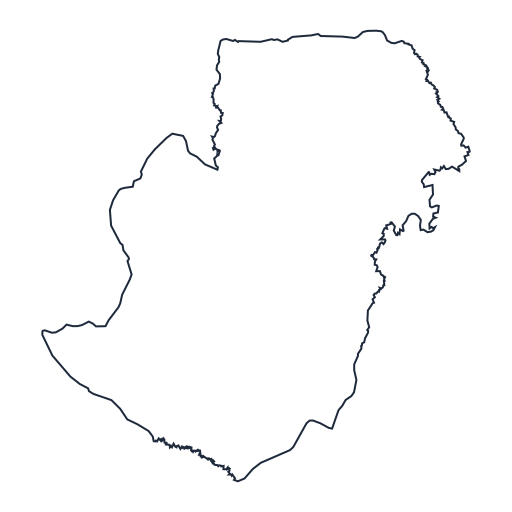 the district of Phanna Nikhom, Sakon Nakhon, Thailand
{"feature_id": "78962969B32881438495472", "entity_name": "Phanna Nikhom", "entity_type": "district", "adm_level": 2, "iso_a3": "THA", "parent_name": "Thailand", "parent_adm1": "Sakon Nakhon", "projection": "robinson", "projection_center": [103.939, 17.31], "detail": "fine", "context": "isolated", "style": "outline", "palette": "slate", "viewbox_px": 512, "rotation_deg": 0, "n_neighbors": 0, "source": "geoboundaries", "source_scale": "gbopen_adm2", "svg_char_len": 6004}
<svg xmlns="http://www.w3.org/2000/svg" viewBox="0 0 512 512"><path d="M260.5,41.8L238.7,41.1L238.0,42.0L235.0,39.9L233.1,41.0L226.4,39.0L222.9,39.5L220.6,40.9L218.2,50.6L217.8,53.8L219.3,57.1L218.8,59.6L219.2,61.8L217.0,65.4L216.5,69.7L219.9,74.1L220.1,78.3L218.5,83.8L215.2,85.7L214.7,88.4L213.6,88.5L213.9,90.5L213.1,92.7L212.2,93.1L212.9,94.1L212.0,96.8L212.7,96.7L213.6,99.3L213.5,102.8L214.7,104.0L214.1,105.4L216.3,106.0L216.2,106.7L217.2,106.2L216.7,107.6L217.9,107.5L219.9,110.4L220.8,110.3L221.0,112.8L222.7,113.0L222.3,115.4L220.5,116.5L221.2,119.0L220.8,121.0L219.4,120.9L221.3,123.0L219.1,123.7L217.3,125.8L217.0,127.5L218.1,129.8L215.7,133.5L215.0,136.1L213.9,137.0L212.1,136.6L213.0,138.0L212.4,139.5L214.9,144.5L214.0,146.1L215.1,147.7L213.0,148.0L213.5,149.7L215.3,148.6L217.4,149.7L217.5,151.5L218.8,150.0L219.9,150.7L218.5,155.0L217.3,154.2L217.1,155.9L214.2,158.5L215.8,165.4L217.9,167.3L217.4,169.7L205.0,164.4L196.8,156.7L190.1,153.4L188.0,150.7L186.0,141.1L183.1,135.9L172.3,133.7L166.6,137.9L154.9,149.3L147.2,158.7L140.9,171.6L141.8,174.5L140.4,178.4L133.9,181.3L132.8,186.7L124.9,187.8L120.8,188.9L118.8,190.4L113.1,200.2L109.9,209.9L111.1,225.6L120.3,243.2L122.5,244.9L123.4,250.3L128.7,257.6L128.9,259.1L127.5,261.1L131.6,274.4L129.8,279.5L122.2,294.6L120.2,303.4L118.5,307.2L108.8,320.0L105.5,326.2L96.0,326.4L93.0,323.7L88.8,321.6L81.9,325.1L77.6,326.1L72.5,326.1L66.6,324.6L62.4,328.7L55.7,332.4L51.8,332.7L44.7,330.3L42.7,330.9L42.3,332.4L42.4,335.0L52.4,355.6L70.4,376.6L79.8,384.0L88.2,388.4L88.9,391.1L93.4,393.9L111.4,400.1L120.1,408.7L127.3,419.4L137.3,424.2L148.6,431.0L152.8,436.6L153.7,441.2L155.4,441.4L156.0,440.6L157.1,441.4L158.7,438.4L161.8,442.0L160.6,438.4L162.1,440.0L163.3,438.2L163.8,438.9L163.1,440.1L164.3,439.7L164.5,442.6L167.4,442.9L165.9,443.3L165.8,444.5L169.6,444.8L169.9,447.4L171.2,446.1L172.0,447.2L173.6,443.7L175.3,446.7L176.5,447.3L176.8,446.1L178.4,445.4L180.4,448.9L181.9,446.6L182.5,447.8L183.6,447.1L184.3,448.7L186.2,447.9L185.5,447.1L186.9,446.2L188.0,446.8L187.9,447.8L187.2,447.7L187.5,448.4L188.7,448.3L189.2,447.2L190.1,447.8L190.1,447.0L191.5,447.5L191.0,450.3L191.8,451.2L192.5,450.7L193.1,451.9L193.9,450.7L195.2,450.7L195.6,451.5L197.9,449.7L198.7,450.2L198.0,450.9L200.0,450.6L200.4,453.6L199.6,453.4L199.0,454.8L200.3,455.0L200.6,456.2L201.5,456.0L201.7,457.5L202.9,457.2L202.4,456.1L203.1,455.9L207.7,459.2L208.1,458.3L208.8,458.4L208.6,459.5L211.2,458.9L211.1,460.5L212.8,460.1L214.0,461.3L212.1,462.2L212.7,463.3L213.5,462.8L214.5,464.8L217.3,465.1L218.2,466.2L219.1,465.3L221.1,465.7L221.3,466.4L223.6,465.9L223.4,469.2L226.2,469.3L227.4,467.8L227.4,469.0L228.7,467.9L229.7,468.7L229.0,469.3L229.5,470.8L228.3,471.8L230.1,473.9L229.3,474.5L231.4,474.5L231.7,475.4L232.3,474.5L235.0,478.3L234.0,479.9L237.9,481.3L244.5,478.5L252.9,468.9L260.8,462.8L290.0,450.1L293.3,447.0L306.5,423.3L309.6,420.6L312.9,420.5L320.4,423.3L328.8,427.9L332.1,428.6L338.5,410.2L342.4,405.6L345.6,400.0L351.4,396.0L354.0,392.3L356.4,380.0L354.2,370.2L354.2,364.4L358.0,355.8L357.9,353.9L361.4,348.6L361.2,345.9L361.9,345.6L362.1,343.3L364.2,342.3L365.0,338.4L368.0,332.7L368.2,331.0L367.2,330.0L369.2,327.3L367.4,320.6L367.9,310.5L372.7,303.1L374.0,302.7L372.6,299.3L374.9,297.2L373.6,295.1L374.7,293.6L376.3,293.5L378.0,291.5L379.0,291.7L379.1,290.0L380.4,289.5L379.7,287.8L381.4,288.4L382.8,287.4L383.4,285.2L384.3,285.2L383.9,280.8L384.6,280.7L384.1,279.1L385.1,277.1L384.4,276.7L384.8,276.1L383.7,276.9L383.1,275.6L381.0,274.5L379.9,271.1L376.2,271.2L377.6,267.1L376.8,265.3L374.7,264.7L374.9,261.7L376.2,259.4L374.2,259.3L373.7,257.6L371.2,255.7L371.5,254.9L373.0,255.1L375.0,252.1L376.5,252.7L377.6,250.1L377.1,249.0L377.8,248.1L378.5,249.3L378.2,247.6L379.0,247.6L380.1,243.5L381.9,242.4L383.5,244.1L384.8,242.3L385.5,240.3L385.0,239.4L380.2,239.5L383.7,236.0L383.8,233.9L382.4,233.2L384.0,229.2L384.9,228.1L387.1,228.7L386.2,225.4L390.7,224.0L390.5,222.5L391.6,222.3L394.9,226.5L393.8,230.6L396.3,235.1L397.4,235.2L398.0,232.8L399.5,234.1L400.0,229.4L403.0,231.1L403.6,230.7L402.6,225.3L406.2,221.0L408.4,215.9L411.6,213.8L414.7,213.7L418.1,216.0L420.8,219.9L420.0,225.9L420.7,230.1L423.5,229.6L427.5,232.2L431.1,231.6L433.4,230.2L435.0,227.1L433.0,228.2L431.6,226.9L429.6,228.4L429.3,223.7L432.9,218.8L435.7,217.7L433.1,216.6L433.4,213.5L437.9,212.5L438.8,206.0L436.9,205.5L431.7,207.4L430.0,206.3L429.5,199.8L433.0,194.5L432.5,185.0L424.1,187.1L423.7,184.3L421.8,181.7L422.0,180.0L428.6,172.1L429.2,172.3L429.7,174.8L431.5,173.8L434.4,174.2L435.5,172.1L434.2,169.5L439.5,170.7L440.5,169.6L440.9,167.3L442.3,168.3L443.9,166.0L445.8,169.1L448.7,168.8L452.0,166.6L459.3,171.1L459.3,169.3L458.2,167.9L458.4,166.6L462.0,164.7L466.0,161.0L464.5,156.4L468.4,155.0L467.5,152.1L469.4,151.9L469.7,151.1L468.3,146.7L465.6,147.6L463.6,145.4L461.3,145.7L461.1,144.3L463.8,138.6L463.6,137.3L461.1,133.8L458.6,133.2L457.8,130.9L455.8,129.4L455.6,127.4L453.5,124.0L454.2,121.9L450.5,120.6L450.8,118.5L449.2,117.7L449.0,116.6L448.1,116.8L446.5,112.3L444.5,112.6L443.7,110.0L442.0,109.7L443.1,108.4L442.4,107.0L440.8,106.8L440.3,104.9L438.0,103.3L437.8,101.7L438.6,101.4L437.4,99.8L439.3,98.8L438.4,98.2L438.4,97.2L437.2,97.1L438.2,95.8L436.0,93.5L436.9,92.9L436.6,92.1L437.8,91.8L437.2,89.8L434.2,88.5L434.9,87.0L433.5,85.5L431.6,84.4L430.8,82.6L429.4,83.1L428.0,80.8L426.5,80.9L427.0,79.7L425.9,79.2L427.9,74.8L426.7,71.2L428.1,71.4L428.6,70.5L428.0,70.4L428.0,68.9L427.3,69.3L427.2,67.1L425.8,66.5L426.5,66.2L426.2,65.4L423.4,64.3L423.7,63.2L421.9,62.5L422.6,60.3L420.1,59.1L418.9,57.2L419.4,56.8L417.6,56.4L417.6,54.6L416.1,53.7L415.0,54.2L414.0,52.8L414.6,50.2L412.6,48.7L411.6,45.4L408.5,44.4L408.6,43.8L404.4,43.2L403.8,41.7L401.8,40.9L394.6,43.3L391.4,42.9L387.1,40.5L384.9,35.0L382.8,32.3L381.3,31.3L376.4,30.7L367.6,30.9L362.9,32.0L358.0,36.5L354.7,38.0L342.4,36.6L320.7,36.0L318.1,34.0L311.1,35.4L292.5,36.9L287.9,39.7L287.9,40.5L282.6,41.8L277.5,39.4L273.8,40.0L271.9,39.2L260.5,41.8Z" fill="none" stroke="#1e293b" stroke-width="2"/></svg>